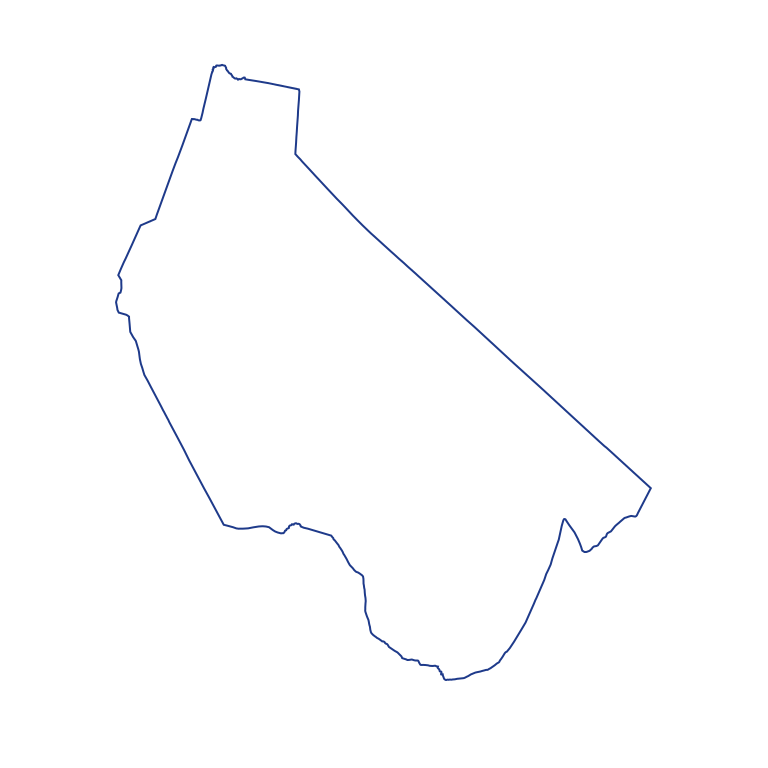 outline of Kajiado South, Rift Valley, Kenya, rotated 193°
{"feature_id": "3690345B92214929535535", "entity_name": "Kajiado South", "entity_type": "district", "adm_level": 2, "iso_a3": "KEN", "parent_name": "Kenya", "parent_adm1": "Rift Valley", "projection": "mercator", "projection_center": [37.518, -2.686], "detail": "fine", "context": "isolated", "style": "outline", "palette": "blue", "viewbox_px": 768, "rotation_deg": 193, "n_neighbors": 0, "source": "geoboundaries", "source_scale": "gbopen_adm2", "svg_char_len": 6166}
<svg xmlns="http://www.w3.org/2000/svg" viewBox="0 0 768 768"><g transform="rotate(193 384 384)"><path d="M100.6,342.5L152.9,372.0L155.3,373.1L161.6,376.6L230.4,415.7L264.9,434.9L275.2,440.8L308.5,459.8L317.5,464.7L338.4,476.5L375.6,497.3L377.5,498.4L387.4,503.8L392.1,506.5L397.2,509.2L403.6,512.8L407.3,514.8L424.6,524.5L425.1,524.8L430.2,527.6L434.3,530.0L440.8,533.9L446.4,537.4L452.2,541.1L464.9,549.6L471.7,553.9L482.6,561.2L497.4,571.2L504.4,576.0L511.8,581.0L514.0,582.5L516.1,584.1L519.1,586.0L522.1,588.1L522.6,590.8L523.9,599.1L524.9,604.8L525.7,610.0L526.6,615.3L528.3,626.2L529.2,630.9L530.8,641.6L531.6,646.3L532.2,649.9L533.2,651.9L565.1,651.1L577.3,650.4L584.2,649.9L587.7,649.7L588.1,650.4L588.6,651.2L589.1,651.2L589.6,651.0L590.0,650.7L590.4,650.1L591.0,649.6L591.4,649.4L591.9,648.8L592.5,648.6L593.8,648.6L594.2,648.1L594.7,647.7L595.1,648.0L595.4,648.3L595.9,648.4L596.5,648.6L596.8,648.3L597.3,648.3L597.8,648.1L599.1,648.6L600.2,649.2L600.9,649.4L601.1,650.0L601.4,650.4L602.6,651.3L602.9,651.8L603.4,651.9L604.0,651.9L604.5,652.0L605.5,652.7L606.5,653.7L607.6,654.3L607.9,654.8L608.7,655.5L608.8,655.9L609.0,656.7L610.0,657.7L610.4,658.3L611.6,658.4L612.4,658.3L613.5,658.5L614.1,658.2L614.6,657.7L615.2,657.6L615.6,657.2L616.1,657.2L616.7,657.0L618.5,656.8L619.1,656.4L619.0,655.8L619.2,655.2L620.6,654.5L621.3,654.6L621.5,654.2L621.5,653.7L621.1,653.0L621.5,652.4L621.3,652.0L621.6,651.5L621.2,651.1L621.3,650.4L621.3,649.8L621.7,649.3L621.6,648.8L621.7,648.0L621.8,646.8L621.8,622.6L621.9,611.4L621.8,607.4L621.9,601.7L622.1,599.8L622.6,599.4L623.8,599.2L624.3,599.2L625.2,599.5L626.3,599.3L627.6,599.4L628.8,599.4L629.3,599.1L629.7,599.2L630.8,599.0L630.9,598.4L634.2,570.7L635.8,558.6L636.8,552.2L637.9,543.9L643.4,498.2L643.9,493.3L656.8,483.8L657.2,482.0L661.0,462.6L663.5,450.4L663.9,448.4L664.9,444.1L666.2,437.3L667.4,430.3L663.3,426.0L662.8,423.7L661.4,418.4L661.3,416.9L661.3,414.5L661.4,413.7L662.4,413.0L662.9,412.5L663.0,411.3L663.1,408.9L663.5,404.4L663.4,403.2L661.0,397.9L660.4,396.3L659.6,395.3L658.5,393.9L650.9,393.5L649.4,393.1L647.6,392.3L647.2,390.7L645.5,385.6L643.9,380.6L643.1,378.1L642.8,377.5L639.0,373.3L635.5,370.1L631.0,362.2L630.0,360.2L628.5,356.1L627.4,353.2L625.4,348.9L623.1,345.2L621.2,341.8L619.5,338.9L615.0,334.0L610.5,328.7L596.0,311.9L593.1,308.4L592.3,307.6L590.1,305.0L589.1,303.9L587.6,302.1L586.2,300.6L584.6,298.5L573.6,285.9L564.1,274.9L556.6,265.7L547.3,255.0L536.0,242.0L529.0,234.2L508.5,210.8L504.5,210.7L498.9,210.5L495.4,210.1L493.1,210.3L488.6,211.4L483.9,212.8L479.2,214.9L474.0,217.0L470.3,218.1L466.9,218.6L463.8,218.6L459.5,216.7L456.9,215.8L454.2,215.4L450.7,215.3L450.3,215.5L449.9,215.6L449.5,215.8L448.7,215.9L448.0,216.6L447.7,217.3L447.4,218.8L446.8,219.2L446.4,219.5L446.4,220.2L446.2,220.8L445.7,221.3L444.6,222.0L444.3,222.3L444.5,223.8L444.2,224.5L443.9,224.9L443.2,225.2L442.6,225.6L442.4,226.1L442.2,226.6L441.6,226.7L440.9,226.5L440.3,226.7L440.2,227.3L439.8,227.8L438.5,228.5L438.1,228.5L437.5,228.3L436.9,228.2L435.7,228.6L435.2,228.5L434.7,228.4L433.8,227.6L433.4,227.3L433.3,226.8L432.9,226.4L429.8,225.9L425.6,225.9L401.3,224.4L399.7,223.0L399.1,222.7L398.7,222.3L398.3,221.5L397.8,221.1L396.8,220.6L393.4,217.8L392.4,217.1L390.7,215.1L389.8,214.4L387.6,212.3L386.5,211.1L385.3,209.4L384.3,208.5L381.1,205.1L378.8,202.3L376.8,200.1L376.2,199.6L375.1,198.9L372.8,197.4L371.3,196.1L369.3,194.9L368.7,194.7L366.9,194.5L364.9,193.8L362.2,192.6L361.1,191.7L360.7,190.7L360.2,189.5L359.8,188.0L359.0,184.8L358.4,183.5L357.4,180.8L356.7,179.4L356.3,178.1L355.9,176.7L355.0,174.0L353.9,171.3L353.0,168.4L352.8,167.0L352.7,166.2L352.0,162.1L351.6,160.5L351.4,159.2L351.2,158.6L350.9,157.9L348.7,154.3L347.9,153.1L346.6,151.3L346.1,150.6L345.3,148.9L344.7,147.4L344.0,145.9L343.1,144.3L342.0,141.3L341.6,140.6L341.0,139.4L340.2,138.4L339.0,137.6L337.7,136.8L337.1,136.6L336.4,136.2L335.2,135.8L333.9,135.1L331.7,134.5L330.3,133.9L328.4,133.1L327.8,132.8L327.0,133.0L326.5,133.0L326.0,132.9L325.2,132.5L324.6,131.8L324.0,131.5L322.6,131.3L322.2,131.1L321.8,130.8L320.0,128.9L313.6,126.4L310.5,125.5L305.7,122.5L304.6,121.0L301.2,120.7L300.0,120.6L299.2,120.3L298.7,120.4L297.5,120.8L295.2,121.7L294.7,121.8L292.4,121.6L290.9,121.7L290.4,121.8L289.8,122.0L289.1,122.1L288.6,122.1L288.3,121.9L287.9,121.5L287.1,120.4L285.7,118.9L285.2,118.6L284.1,118.7L282.3,119.2L281.5,119.3L280.4,119.5L278.7,119.7L277.7,119.8L276.1,119.7L275.4,119.8L273.1,120.2L272.5,120.4L271.7,120.7L271.1,120.9L270.6,121.0L270.0,120.9L269.5,120.7L267.9,120.8L268.0,120.0L267.8,119.5L266.8,118.8L266.2,118.5L265.8,118.1L265.3,117.0L265.0,116.6L263.6,116.6L263.2,116.2L263.1,115.7L263.2,114.3L263.0,113.9L262.5,113.9L262.1,114.3L261.5,114.4L261.3,113.9L261.2,113.4L260.9,113.0L260.1,111.8L259.4,110.7L258.9,110.1L258.3,109.8L257.2,109.5L256.7,109.6L256.1,110.0L255.3,110.3L254.6,110.3L253.4,110.8L251.6,111.1L250.3,111.7L249.7,111.8L248.3,112.3L246.4,113.2L241.1,115.0L240.0,115.4L239.0,116.1L237.5,117.4L236.2,118.4L234.0,120.6L232.7,121.5L230.2,123.3L229.0,123.9L225.3,125.6L223.6,126.6L222.2,127.3L220.4,128.3L219.9,128.5L219.0,128.7L218.6,128.9L217.3,130.2L216.2,131.1L215.7,131.7L213.7,133.9L212.8,134.9L211.2,137.0L209.5,138.6L209.2,139.1L208.9,140.4L208.7,141.0L208.0,142.5L207.0,145.1L205.8,148.8L205.2,149.9L204.7,150.4L204.1,150.8L202.0,155.0L199.3,162.2L194.8,175.9L192.4,183.4L188.5,203.7L187.8,208.0L187.5,209.0L183.8,229.0L183.6,231.0L183.2,235.3L182.2,239.5L181.0,245.5L180.7,251.9L179.0,269.0L178.7,271.6L178.9,285.7L178.6,291.4L178.4,292.2L178.2,292.8L177.5,293.1L176.7,292.9L174.9,291.1L171.6,288.0L165.0,282.3L160.1,276.5L157.2,272.5L155.1,269.3L153.4,266.3L150.9,265.4L148.9,265.9L146.2,267.7L144.6,270.0L143.9,271.7L142.8,273.0L140.6,273.9L139.3,274.9L136.3,282.4L135.7,283.4L135.1,283.8L134.6,284.1L134.2,284.4L133.6,284.9L133.3,285.7L133.2,287.0L133.1,287.9L132.6,289.0L129.7,291.5L128.6,293.8L127.2,296.8L126.6,297.9L125.3,299.7L123.7,301.8L123.1,302.7L119.8,307.2L119.4,307.6L119.0,307.9L118.0,308.4L115.5,310.0L113.6,311.0L113.1,311.1L109.5,311.3L108.9,311.7L108.5,312.1L108.2,312.7L108.0,313.2L107.5,315.6L100.6,342.5Z" fill="none" stroke="#1e3a8a" stroke-width="2"/></g></svg>